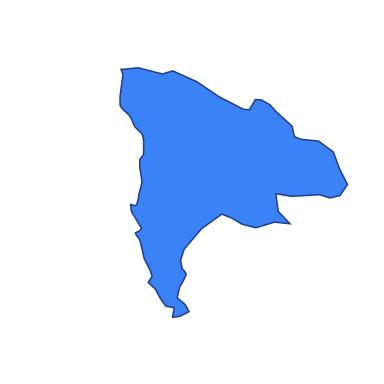 outline of Ungheni, rotated 33°
{"feature_id": "MDA-1623", "entity_name": "Ungheni", "entity_type": "District", "adm_level": 1, "iso_a3": "MDA", "parent_name": "Moldova", "parent_adm1": "", "projection": "equal_earth", "projection_center": [27.914, 47.242], "detail": "fine", "context": "isolated", "style": "filled", "palette": "blue", "viewbox_px": 384, "rotation_deg": 33, "n_neighbors": 0, "source": "natural_earth", "source_scale": "10m", "svg_char_len": 1132}
<svg xmlns="http://www.w3.org/2000/svg" viewBox="0 0 384 384"><g transform="rotate(33 192 192)"><path d="M232.2,302.1L223.6,298.6L214.2,293.4L204.5,291.7L204.4,284.3L199.4,280.4L188.2,273.9L176.0,262.0L172.3,259.6L168.5,258.5L166.8,257.0L169.2,253.2L169.2,249.8L152.0,241.5L147.3,235.8L151.7,234.5L152.5,232.4L151.3,229.3L150.2,225.3L149.5,225.0L144.8,211.0L134.7,199.7L130.5,193.3L131.0,186.9L122.9,174.5L118.8,170.6L108.9,168.5L105.7,166.7L102.7,164.5L98.5,162.1L87.8,160.0L84.7,158.7L79.6,151.1L70.1,131.1L65.6,127.7L68.8,125.5L79.1,117.2L102.7,109.2L109.9,100.9L136.0,96.9L162.7,97.4L190.2,94.6L195.3,91.8L194.8,80.0L199.9,77.0L209.6,76.4L219.2,78.9L240.2,82.3L247.8,89.9L255.0,88.3L270.4,80.4L288.8,81.5L303.1,92.2L318.4,101.1L318.0,114.5L310.9,121.9L300.6,124.7L278.0,141.3L263.2,147.8L274.9,161.3L291.4,165.3L277.5,172.4L265.0,187.2L251.5,191.8L239.8,192.2L229.0,194.4L220.0,217.5L216.6,244.2L219.5,255.4L225.7,261.8L228.8,262.4L231.9,264.1L233.1,270.9L233.3,277.9L237.2,288.9L247.6,290.1L254.7,294.0L249.4,303.0L244.1,307.6L243.6,307.1L240.1,298.7L232.2,302.1Z" fill="#3b82f6" stroke="#1e3a8a" stroke-width="1.5"/></g></svg>